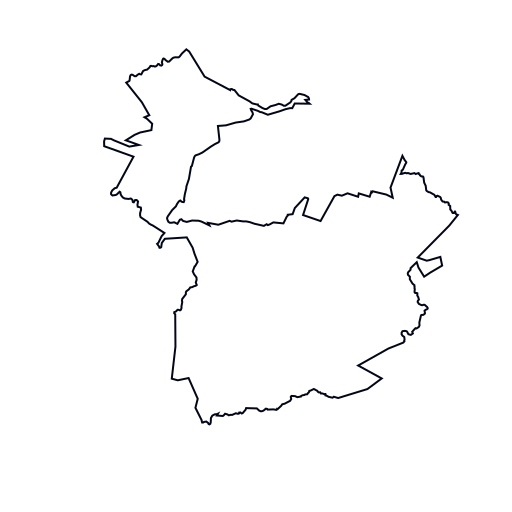 Angel Albino Corzo, Chiapas, Mexico, rotated 198°
{"feature_id": "50627088B21044766508397", "entity_name": "Angel Albino Corzo", "entity_type": "district", "adm_level": 2, "iso_a3": "MEX", "parent_name": "Mexico", "parent_adm1": "Chiapas", "projection": "albers", "projection_center": [-92.692, 15.759], "detail": "fine", "context": "isolated", "style": "outline", "palette": "ink", "viewbox_px": 512, "rotation_deg": 198, "n_neighbors": 0, "source": "geoboundaries", "source_scale": "gbopen_adm2", "svg_char_len": 6059}
<svg xmlns="http://www.w3.org/2000/svg" viewBox="0 0 512 512"><g transform="rotate(198 256 256)"><path d="M304.6,144.9L298.2,113.3L292.0,113.6L282.4,119.1L267.3,102.2L266.7,92.9L257.2,83.3L255.8,81.0L254.8,81.3L254.2,82.1L252.1,83.2L249.9,82.4L249.1,81.5L248.2,81.5L247.6,82.3L247.7,84.0L248.8,88.0L248.2,90.7L246.4,92.6L244.0,93.7L243.5,94.2L243.9,92.2L238.1,93.6L237.4,94.6L236.7,96.4L234.3,96.5L232.6,96.1L231.1,97.1L229.6,97.5L226.6,100.2L224.6,100.3L223.7,100.7L223.4,101.2L223.6,101.9L222.5,102.4L220.9,101.8L220.1,102.5L218.4,106.6L218.4,108.3L218.0,108.4L208.1,111.3L205.1,109.9L203.4,109.8L202.1,110.4L201.1,111.3L199.8,113.2L199.7,113.7L199.3,113.9L198.1,114.0L197.5,113.5L192.1,115.5L189.0,116.0L188.6,116.5L188.7,117.2L188.0,117.3L185.8,121.2L185.2,123.1L183.1,124.4L178.8,128.8L178.3,130.9L179.4,132.7L179.0,133.9L175.5,134.8L173.1,134.5L170.1,136.1L170.2,136.3L168.9,137.8L167.0,138.8L166.5,139.5L164.5,140.4L164.3,141.5L163.6,142.6L163.6,144.2L162.7,144.7L159.9,147.4L156.0,146.7L155.4,146.1L154.1,145.7L152.8,146.2L151.8,145.3L150.3,145.8L148.5,145.7L147.3,146.2L146.8,145.4L146.8,144.9L145.1,144.9L143.5,144.5L139.4,144.9L138.5,146.2L134.0,146.3L108.9,163.9L98.6,178.4L125.0,183.4L101.5,208.9L89.1,219.2L88.5,220.8L88.9,221.2L88.9,222.5L90.0,224.8L92.1,225.5L93.4,226.6L93.8,228.2L93.4,229.8L91.5,230.7L90.1,231.0L89.0,230.8L86.9,228.7L84.4,228.8L82.9,230.8L84.0,232.2L82.5,235.7L82.0,236.6L81.3,236.5L80.7,237.0L79.3,238.7L79.0,240.4L80.1,243.2L80.7,250.0L80.5,251.0L78.6,251.8L77.7,253.2L77.6,253.8L78.8,256.0L78.1,257.2L77.0,258.1L76.5,258.9L76.6,259.5L77.4,260.3L80.3,261.6L81.2,261.6L82.8,260.5L84.3,260.5L86.3,260.8L88.1,262.3L88.2,263.4L87.6,264.9L88.9,266.9L90.4,268.3L91.0,270.4L91.6,270.5L93.1,270.0L94.1,270.7L94.8,273.7L95.4,274.5L95.6,275.7L96.0,276.1L96.3,277.2L98.6,278.1L102.5,281.4L103.3,283.9L105.7,285.1L106.3,286.4L106.3,287.5L104.8,290.6L105.2,292.3L101.2,299.8L97.9,295.2L89.7,288.3L85.2,294.0L76.0,304.4L80.4,312.1L89.9,305.6L92.2,304.3L101.7,304.5L81.6,344.6L76.7,357.4L78.4,357.5L79.2,358.1L80.3,359.8L80.7,359.7L81.1,358.0L82.3,357.7L84.3,359.6L85.6,360.3L86.8,363.6L88.6,364.2L88.9,365.5L89.7,366.2L91.1,366.2L92.8,365.3L93.6,365.8L95.4,365.5L97.3,366.8L98.4,368.6L99.4,369.1L102.1,369.4L102.7,368.9L102.9,367.8L103.4,367.6L105.3,369.3L110.2,370.3L111.6,370.1L113.7,370.6L114.4,371.1L116.3,375.2L118.7,377.7L121.1,382.7L121.8,383.2L123.3,382.8L125.0,383.4L125.5,384.1L126.3,384.2L127.0,385.1L129.5,383.3L130.9,383.8L134.3,381.8L137.1,381.9L138.2,381.2L139.9,381.2L142.6,379.2L143.7,378.8L143.4,380.3L143.9,382.3L143.0,383.4L142.4,389.2L141.9,391.2L142.1,391.7L144.4,393.3L147.7,396.5L149.2,362.6L144.0,353.7L151.0,354.7L165.0,353.6L165.4,352.3L166.2,352.7L166.2,347.5L177.6,347.3L177.2,343.9L188.3,343.9L193.0,339.9L197.5,339.5L199.9,337.2L205.4,309.2L223.9,309.5L223.9,326.3L224.4,326.9L227.8,326.8L233.9,313.6L234.1,307.1L238.4,305.1L238.1,304.7L238.9,303.0L240.0,295.5L249.9,293.3L252.8,290.2L254.3,289.0L255.7,289.5L257.8,287.1L267.5,286.2L272.3,286.3L275.9,285.9L279.1,284.9L285.3,283.8L289.9,281.1L291.9,281.3L301.5,274.1L311.8,272.7L309.8,270.7L318.6,271.9L321.5,271.8L327.7,270.0L332.4,267.0L336.2,266.8L338.3,267.9L339.6,267.0L340.7,262.3L344.2,262.8L346.4,261.6L348.3,261.0L350.0,261.5L351.5,263.2L352.3,264.5L352.2,266.3L349.9,273.8L347.5,278.5L347.2,281.0L346.3,283.9L345.7,284.9L345.0,285.4L343.8,284.7L342.8,284.6L341.4,284.9L341.3,285.8L341.4,287.0L342.0,287.8L342.8,293.0L343.2,298.5L343.7,300.8L343.6,308.5L345.4,320.9L344.8,321.8L345.3,330.5L345.1,332.0L344.6,333.0L341.8,335.1L339.0,337.8L332.8,346.0L329.6,349.8L326.8,352.5L326.4,353.5L326.6,355.0L332.4,367.9L324.9,371.0L316.6,376.6L309.1,380.3L304.6,383.7L303.6,385.1L302.7,389.9L303.7,391.5L305.7,393.2L306.5,394.3L305.9,394.7L298.8,394.6L296.5,394.2L295.0,394.5L288.4,394.0L278.6,400.7L273.2,404.8L269.2,407.2L267.2,407.8L266.3,413.0L252.1,417.4L253.3,417.9L254.3,417.9L257.3,419.7L253.9,421.2L254.4,422.3L255.5,423.3L259.7,424.1L264.6,423.7L265.8,423.0L268.2,417.9L270.4,415.5L270.3,414.1L270.8,412.7L274.5,408.0L276.1,407.5L278.4,408.0L281.4,407.8L284.0,405.7L288.4,402.9L291.3,399.1L293.0,398.5L295.5,398.7L300.3,399.8L301.1,400.7L301.5,400.4L306.7,400.0L309.9,401.1L322.1,403.4L327.8,407.2L329.1,406.9L330.1,407.3L331.1,407.2L331.9,406.7L331.8,405.8L360.3,410.7L382.7,429.8L386.1,431.0L389.0,425.7L390.3,422.0L391.0,421.0L394.3,420.0L395.8,419.1L396.5,418.3L398.7,414.1L399.9,413.5L402.6,414.4L403.7,415.1L404.9,415.3L405.3,414.9L405.5,413.1L405.3,411.0L404.3,409.5L404.3,408.6L404.9,407.8L406.1,407.7L407.5,408.5L408.4,408.4L409.1,406.5L409.9,405.4L410.7,404.9L412.0,405.0L413.1,404.5L414.6,404.4L415.2,404.0L415.5,402.5L417.1,399.7L419.5,398.2L420.6,396.9L421.2,393.3L422.4,393.0L423.4,393.2L424.6,391.8L425.7,389.9L427.0,389.5L429.4,390.2L430.5,390.0L431.1,389.3L431.3,387.8L430.5,384.0L430.6,383.3L433.0,380.8L412.1,367.0L401.0,356.9L404.9,353.5L402.0,352.8L395.6,349.7L394.4,343.4L404.3,337.7L408.9,333.7L415.5,325.8L401.7,325.4L410.3,320.9L426.9,322.1L430.1,322.6L436.0,321.0L435.9,318.1L434.3,313.5L403.2,312.6L409.6,277.9L411.3,276.8L413.0,273.9L413.4,271.6L413.0,270.1L412.4,269.7L411.2,269.2L408.2,270.7L407.3,271.7L405.6,275.0L404.7,274.7L403.8,272.9L402.7,271.8L400.7,270.5L398.6,270.1L394.8,270.9L392.8,272.0L391.0,271.3L389.8,269.3L389.2,269.2L388.8,269.3L388.3,271.8L387.1,272.3L386.1,272.1L385.0,271.3L384.6,268.1L383.7,266.3L380.5,266.5L379.6,264.5L379.5,261.2L378.9,259.0L377.8,257.3L369.8,255.0L367.6,253.8L365.9,253.4L363.5,253.1L350.2,249.6L351.9,245.7L352.9,238.5L353.8,237.0L351.3,235.2L350.3,234.0L349.4,234.4L348.9,235.1L349.6,239.3L348.0,244.2L327.6,252.3L318.8,244.3L315.3,239.3L309.7,232.4L310.8,227.3L311.2,227.1L311.4,221.8L309.3,219.5L306.0,217.2L305.1,215.0L305.1,212.2L303.4,210.1L304.2,209.0L305.9,207.9L307.0,206.7L308.8,205.8L309.5,203.6L311.4,200.8L311.5,199.9L310.9,197.9L312.9,192.3L312.6,190.5L311.9,189.5L311.3,184.8L310.8,183.7L310.8,181.7L311.5,180.8L312.9,180.9L314.0,180.6L315.0,178.5L316.4,177.3L316.0,176.2L314.8,175.6L304.6,144.9Z" fill="none" stroke="#020617" stroke-width="2"/></g></svg>